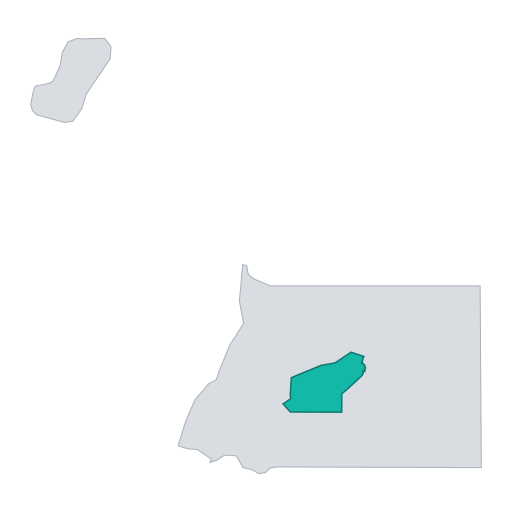 Bicurga, Centro Sur, Equatorial Guinea (highlighted)
{"feature_id": "11065452B87560810385120", "entity_name": "Bicurga", "entity_type": "district", "adm_level": 2, "iso_a3": "GNQ", "parent_name": "Equatorial Guinea", "parent_adm1": "Centro Sur", "projection": "albers", "projection_center": [10.52, 1.549], "detail": "fine", "context": "in_parent", "style": "filled", "palette": "teal", "viewbox_px": 512, "rotation_deg": 0, "n_neighbors": 0, "source": "geoboundaries", "source_scale": "gbopen_adm2", "svg_char_len": 2192}
<svg xmlns="http://www.w3.org/2000/svg" viewBox="0 0 512 512"><path d="M480.1,285.9L480.4,322.0L480.5,352.4L480.8,385.3L481.0,419.7L481.2,448.7L481.3,467.6L449.4,467.5L407.2,467.3L364.9,467.2L322.6,467.1L301.4,467.0L278.0,466.9L270.4,467.9L265.3,472.6L259.1,473.7L251.9,469.7L243.1,467.7L240.7,463.5L236.3,455.9L227.6,455.1L223.3,455.9L217.0,460.2L209.9,462.5L211.3,459.0L197.4,449.6L187.3,448.7L178.1,445.8L185.6,421.4L195.0,399.8L209.0,383.5L216.4,379.6L218.9,371.5L229.9,344.9L243.7,323.3L239.4,301.4L242.7,264.6L246.7,265.7L247.3,269.1L248.3,274.3L253.5,278.8L270.5,285.9L321.4,285.9L351.7,285.9L396.6,285.9L444.1,285.9L480.1,285.9ZM77.6,38.3L81.4,38.9L104.7,38.3L111.0,46.6L110.2,58.7L86.3,94.0L81.8,108.8L72.6,121.4L64.5,122.4L37.0,115.0L32.4,110.5L30.7,104.4L33.5,90.4L35.5,86.1L48.7,83.4L53.0,81.2L60.0,66.0L62.4,52.2L68.3,41.7L77.6,38.3Z" fill="#d9dde1" stroke="#a8b0b8" stroke-width="1"/><path d="M363.8,356.4L351.4,352.3L351.0,352.2L335.1,362.9L321.3,365.3L311.7,369.2L291.4,377.6L290.9,384.3L290.6,389.8L290.2,394.7L290.7,398.7L283.1,403.9L285.1,406.1L287.1,408.4L290.4,412.0L294.7,412.0L325.5,412.1L341.7,412.1L341.8,393.7L346.6,389.8L362.2,375.4L362.3,375.1L362.3,374.6L362.6,374.4L362.7,374.2L363.0,373.9L363.1,373.5L363.1,373.3L363.2,373.2L363.1,372.8L363.0,372.6L363.0,372.3L363.2,372.0L363.1,371.9L363.0,371.7L363.0,371.3L363.0,371.0L363.1,370.7L363.3,370.6L363.6,370.5L363.8,370.6L364.1,370.8L364.3,371.0L364.6,371.1L364.8,371.3L364.8,371.1L364.8,370.8L364.8,370.6L364.7,370.2L364.8,369.9L364.9,369.7L365.0,369.5L365.1,369.3L364.9,369.1L364.9,368.9L365.0,368.8L365.4,368.5L365.5,368.1L365.5,367.8L365.3,367.5L365.1,367.3L364.8,366.9L364.8,366.6L365.0,366.2L365.0,365.9L365.0,365.7L364.8,365.2L364.6,365.0L364.2,364.8L364.0,364.7L363.7,364.5L363.5,364.4L363.4,364.2L363.2,363.9L363.2,363.5L363.0,363.2L362.8,363.0L362.6,362.9L362.4,362.9L361.8,363.3L361.6,363.3L361.5,363.0L362.0,361.9L362.1,361.5L362.1,361.1L362.2,360.8L362.3,360.7L362.5,360.6L362.6,360.3L362.6,360.1L362.6,359.9L362.7,359.7L362.8,359.6L363.0,359.2L363.0,358.7L363.0,358.3L363.1,358.1L363.2,357.8L363.3,357.5L363.4,357.2L363.5,356.8L363.8,356.4Z" fill="#14b8a6" stroke="#0f766e" stroke-width="1.5"/></svg>